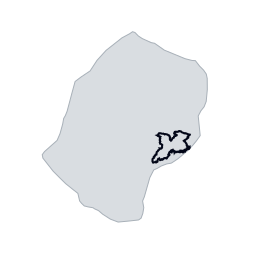 Ntsupe, Qacha's Nek, Lesotho (highlighted), rotated 344°
{"feature_id": "5366337B15703644997437", "entity_name": "Ntsupe", "entity_type": "district", "adm_level": 2, "iso_a3": "LSO", "parent_name": "Lesotho", "parent_adm1": "Qacha's Nek", "projection": "orthographic", "projection_center": [28.725, -29.92], "detail": "fine", "context": "in_parent", "style": "outline", "palette": "ink", "viewbox_px": 256, "rotation_deg": 344, "n_neighbors": 0, "source": "geoboundaries", "source_scale": "gbopen_adm2", "svg_char_len": 6424}
<svg xmlns="http://www.w3.org/2000/svg" viewBox="0 0 256 256"><g transform="rotate(344 128 128)"><path d="M167.6,171.3L160.7,173.5L159.7,173.7L155.3,173.2L149.4,173.7L144.8,174.9L141.2,175.4L135.3,181.7L124.7,198.7L121.9,202.2L121.2,208.9L118.7,214.2L115.7,218.3L112.8,219.3L103.9,217.8L92.6,215.7L85.9,210.7L80.0,204.0L76.8,199.2L73.6,196.5L72.4,195.0L67.8,192.8L66.0,191.7L64.5,190.9L62.6,187.6L61.4,184.8L61.8,177.0L58.4,172.3L52.8,164.4L49.1,157.9L44.2,149.0L41.1,141.4L37.9,133.5L38.2,130.0L41.2,127.7L49.7,123.6L56.4,120.4L61.1,114.7L66.3,106.2L68.8,101.1L71.3,98.7L74.1,95.1L78.9,87.1L84.2,78.2L90.0,68.7L97.3,65.9L107.3,62.7L116.9,54.4L128.4,47.3L147.0,39.7L155.7,37.8L158.9,36.7L161.0,38.1L163.3,42.4L166.4,46.0L173.8,52.3L176.9,53.9L184.4,63.2L192.5,69.6L201.8,77.0L208.1,80.7L211.3,81.8L213.9,88.3L216.6,93.2L218.1,97.7L217.8,102.2L214.8,113.0L210.5,124.0L207.0,128.6L202.9,131.5L198.8,135.8L197.2,144.7L195.3,155.2L190.0,159.4L185.9,162.2L180.2,165.7L167.6,171.3Z" fill="#d9dde1" stroke="#a8b0b8" stroke-width="1"/><path d="M157.0,167.9L157.5,167.0L158.2,166.8L158.8,166.3L160.0,165.6L160.5,165.3L160.5,165.0L160.3,164.8L160.1,164.8L159.6,165.2L159.4,165.2L159.3,164.8L159.6,164.4L160.2,164.2L160.5,163.5L160.9,162.8L161.3,162.7L161.6,162.4L162.0,162.6L162.5,163.2L163.2,163.6L163.3,163.5L163.3,163.2L162.9,162.6L162.9,162.1L163.1,161.5L163.9,161.3L164.2,161.3L164.6,161.5L165.1,161.3L165.2,161.8L165.4,162.0L165.0,162.2L164.4,162.1L164.7,162.5L165.0,162.9L165.3,163.0L165.7,162.8L165.9,162.8L166.0,163.1L165.8,163.3L165.7,163.4L166.0,163.6L165.9,164.3L166.1,164.1L166.4,164.2L166.4,164.5L166.7,164.5L167.1,164.0L167.5,163.8L168.2,164.7L168.3,164.7L168.6,164.4L169.2,164.4L169.6,164.7L169.8,164.5L170.5,164.8L170.8,164.6L171.0,164.7L170.9,165.1L171.0,165.3L170.9,165.5L171.3,165.7L171.5,165.7L171.7,165.0L171.6,164.7L171.9,164.2L172.0,164.1L172.4,164.4L172.6,164.6L172.5,164.8L172.3,164.9L172.1,165.1L172.3,165.3L172.7,165.6L173.0,165.4L172.9,165.0L173.0,164.9L173.5,165.5L173.5,166.1L173.9,166.5L174.1,166.3L174.5,166.3L174.5,166.1L174.6,165.9L174.6,165.6L174.8,165.8L175.2,165.3L175.3,165.4L175.3,165.5L175.2,165.6L175.4,165.9L175.7,166.2L176.3,166.5L176.4,166.4L176.3,166.0L176.7,165.7L176.2,165.6L175.9,165.8L176.0,165.3L176.0,164.9L176.4,164.5L176.5,164.5L176.6,164.8L177.0,165.0L177.1,165.5L177.6,165.4L177.4,164.9L177.1,164.9L177.2,164.6L179.0,164.8L179.2,164.7L179.1,164.3L178.7,164.3L178.8,163.7L179.1,163.6L179.1,164.2L179.4,164.2L179.5,164.1L179.7,163.5L179.9,163.3L180.0,163.0L180.1,163.4L180.0,163.6L179.9,164.6L180.5,165.0L181.0,164.9L181.1,164.7L180.8,164.7L180.7,164.5L180.6,164.0L180.6,163.7L180.8,163.4L180.9,163.1L181.0,163.1L180.9,163.3L180.9,163.5L181.1,163.9L181.3,163.9L181.5,164.2L181.9,164.0L181.8,163.4L182.0,163.2L182.1,162.9L181.9,162.9L181.7,163.0L181.2,162.5L180.9,162.7L180.6,162.5L180.6,162.3L180.5,162.2L179.7,161.5L179.8,161.1L179.7,161.1L179.6,160.9L179.7,160.7L179.7,160.4L179.8,159.9L179.9,159.6L179.8,159.2L179.8,158.9L179.6,158.7L179.5,158.4L179.5,158.2L179.3,157.8L179.1,156.9L178.5,156.5L178.5,156.3L178.1,155.7L179.0,155.3L179.6,155.3L180.0,155.0L180.5,155.0L180.8,154.9L181.4,154.8L181.7,154.6L181.9,154.2L182.5,154.2L183.2,154.0L183.3,153.9L183.2,153.5L183.2,153.3L182.9,153.0L183.0,152.6L184.2,152.2L184.7,152.1L185.1,151.9L185.2,151.7L185.4,151.7L185.6,151.4L184.7,150.9L184.1,150.7L183.8,150.3L183.4,150.2L183.1,149.9L182.8,149.4L182.1,149.3L181.8,149.0L181.6,148.7L181.2,148.6L180.9,148.7L180.7,148.7L180.6,148.4L180.3,148.3L179.9,147.9L179.1,147.4L178.7,147.1L178.6,146.9L178.4,146.6L178.2,146.3L177.8,146.0L177.8,145.9L177.7,145.9L177.2,145.6L177.0,145.2L176.6,145.1L176.3,145.0L176.1,145.2L175.9,145.1L175.7,145.2L175.3,145.2L175.1,145.4L174.8,145.3L174.6,145.4L174.2,145.3L173.7,145.0L173.4,145.0L173.1,144.8L172.9,144.9L172.7,144.8L172.3,144.6L172.2,144.6L172.1,145.3L171.4,145.1L171.2,145.3L171.1,145.6L170.8,146.1L170.9,146.3L171.1,146.4L171.5,147.0L171.5,147.7L171.7,148.0L171.9,148.1L172.1,148.1L172.8,147.9L172.9,148.0L172.8,148.5L172.5,148.6L171.8,148.6L171.4,148.8L169.9,148.8L169.8,149.3L169.6,149.5L169.5,149.8L169.3,150.0L168.2,150.0L167.9,150.2L167.4,150.8L166.9,151.2L166.6,151.2L166.4,151.5L166.3,151.9L166.0,152.0L166.0,151.6L166.0,151.3L166.0,151.0L165.5,150.8L165.5,151.1L165.3,151.2L165.2,151.1L165.3,150.9L165.1,150.4L165.2,150.2L165.3,149.7L165.4,149.4L165.8,149.0L165.6,148.6L165.6,148.3L165.6,148.1L165.8,148.1L165.8,147.7L165.7,147.4L165.7,147.0L165.6,146.8L165.2,146.5L165.3,146.3L165.2,146.2L164.8,145.9L164.6,145.9L164.2,145.2L163.9,145.0L163.5,144.8L163.1,144.7L162.8,144.4L162.5,144.4L162.2,144.1L161.7,144.0L161.4,143.9L161.3,144.0L161.1,143.7L160.8,143.6L160.4,143.1L159.1,142.9L158.4,142.3L158.1,142.2L157.9,142.2L157.6,141.9L156.9,141.7L156.6,141.6L156.5,141.8L156.0,141.9L156.0,142.1L155.7,142.2L155.6,142.5L155.3,142.6L154.5,143.1L154.0,143.1L154.2,143.3L154.4,143.8L154.7,143.9L155.0,143.8L155.5,144.5L156.1,144.6L156.8,145.3L156.3,145.7L156.0,145.8L155.8,146.0L155.8,146.4L155.9,146.7L156.2,146.9L156.2,147.0L155.8,147.5L155.5,147.6L155.1,148.3L155.2,148.8L155.4,148.9L155.2,149.6L155.3,150.0L154.8,150.2L154.6,150.4L154.5,150.6L154.7,151.3L154.5,151.9L155.0,152.2L155.5,152.7L155.8,152.9L156.0,153.2L156.3,153.8L156.2,154.0L155.9,154.3L155.8,154.5L155.5,155.9L155.2,156.1L154.9,156.7L154.7,156.8L154.3,156.7L154.1,156.9L153.9,156.8L153.6,156.5L152.9,156.3L153.0,156.6L152.8,156.9L152.7,157.1L151.9,157.4L151.7,157.6L151.3,157.7L150.7,157.8L150.4,158.4L150.2,158.6L149.9,158.6L149.0,159.0L148.8,159.3L148.7,159.6L148.5,160.0L148.4,160.7L148.1,161.3L147.6,161.1L147.4,161.1L147.3,161.5L147.2,161.6L146.5,161.7L146.1,161.8L146.1,162.2L145.8,162.8L144.8,162.9L144.7,163.5L144.5,164.0L144.1,164.0L143.8,164.2L143.3,164.3L142.9,164.8L142.8,165.2L142.8,165.4L142.8,165.7L142.7,165.9L142.5,166.1L142.5,166.5L142.3,166.8L142.5,168.1L142.9,168.2L143.0,168.3L143.6,168.2L143.8,168.1L144.6,168.2L145.2,168.6L145.4,168.9L145.6,168.9L145.9,168.8L146.1,168.7L146.0,168.1L146.5,168.2L146.8,168.6L147.1,168.5L147.2,168.3L147.1,167.9L147.3,167.6L147.4,167.3L147.9,166.8L148.3,166.2L148.6,165.9L149.1,165.9L149.7,166.2L149.8,166.1L149.9,166.4L149.9,167.1L149.8,167.4L150.0,167.8L150.8,167.8L151.7,167.7L151.9,167.2L152.0,167.2L152.1,167.3L152.3,167.9L152.4,168.0L153.1,167.8L153.5,167.6L153.5,167.4L153.8,167.1L154.2,167.0L154.7,166.9L155.3,167.2L155.6,167.1L156.7,168.0L157.0,167.9Z" fill="none" stroke="#020617" stroke-width="2"/></g></svg>